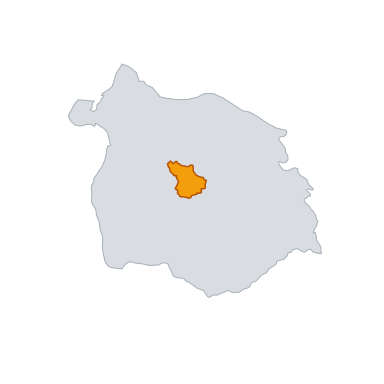 Romania, with Brasov highlighted, rotated 201°
{"feature_id": "ROU-305", "entity_name": "Brasov", "entity_type": "County", "adm_level": 1, "iso_a3": "ROU", "parent_name": "Romania", "parent_adm1": "", "projection": "albers", "projection_center": [25.29, 45.778], "detail": "fine", "context": "in_parent", "style": "filled", "palette": "amber", "viewbox_px": 384, "rotation_deg": 201, "n_neighbors": 0, "source": "natural_earth", "source_scale": "10m", "svg_char_len": 5298}
<svg xmlns="http://www.w3.org/2000/svg" viewBox="0 0 384 384"><g transform="rotate(201 192 192)"><path d="M289.1,212.9L292.4,217.2L296.6,219.5L306.1,221.6L306.9,221.3L307.0,220.8L306.3,220.2L306.2,219.3L306.6,218.3L307.9,218.2L310.1,219.0L314.1,217.5L319.8,213.6L325.3,212.6L330.3,214.5L333.0,216.8L334.8,219.1L334.5,222.0L334.2,223.8L333.3,231.3L332.6,234.1L331.3,237.3L315.8,241.8L316.8,239.9L316.2,236.8L315.5,234.5L316.8,232.3L313.3,231.7L311.8,232.9L310.7,235.0L312.0,239.7L310.4,242.4L309.8,243.8L309.9,247.3L308.9,248.8L308.8,250.4L311.3,249.9L310.3,252.9L305.8,258.8L304.3,262.3L305.3,275.7L303.5,283.9L303.4,286.3L298.4,286.5L296.9,286.4L292.0,285.4L286.6,283.4L283.3,279.4L281.2,276.5L276.7,278.0L275.8,277.6L274.5,276.2L271.1,275.4L266.9,275.5L257.3,270.3L256.2,269.4L248.8,270.4L237.7,273.3L229.3,276.8L220.5,282.8L217.0,287.3L212.8,289.7L206.9,291.5L196.4,290.8L185.4,288.5L173.6,286.0L167.2,287.2L158.6,286.1L145.7,283.0L136.0,281.9L126.5,283.3L124.9,281.9L124.6,280.4L125.0,278.3L126.4,276.7L128.8,275.5L130.0,274.2L130.2,272.9L127.7,270.7L122.5,267.6L120.3,265.7L119.8,265.2L119.7,263.5L118.7,262.2L116.7,261.2L115.2,259.4L114.1,256.9L114.4,254.6L116.1,252.4L118.2,251.6L120.7,251.9L121.7,251.3L121.3,249.8L119.0,247.7L114.6,245.2L110.1,246.3L105.3,251.2L101.9,251.8L100.0,248.4L96.5,246.2L91.3,245.4L88.2,244.0L87.1,242.0L84.9,240.4L79.9,238.5L80.0,237.0L80.8,236.7L82.6,236.6L85.0,236.4L85.4,235.6L85.4,234.8L83.6,233.7L81.8,233.0L80.8,232.2L80.2,231.4L80.1,230.7L80.7,230.1L81.5,230.1L82.2,229.7L82.7,227.9L83.8,226.5L84.6,226.0L84.6,224.9L83.9,223.8L82.9,222.8L81.4,222.2L76.8,220.4L74.5,218.1L73.0,218.0L70.8,216.6L68.4,214.6L66.4,211.8L64.2,209.9L63.6,209.2L63.6,208.5L64.1,207.8L64.1,207.0L63.6,204.3L64.2,201.5L64.2,198.9L64.3,197.7L63.9,197.3L63.4,197.7L62.8,198.2L62.3,198.2L60.7,196.2L58.7,192.2L57.4,190.8L54.6,188.9L52.3,187.2L50.8,183.9L49.2,181.3L50.4,180.3L57.3,179.3L60.4,180.9L61.8,180.4L63.3,179.4L64.1,178.5L64.3,177.5L65.1,176.3L67.4,175.8L73.4,176.9L75.9,175.3L76.9,174.4L77.5,172.3L78.3,170.7L80.5,169.9L80.5,168.4L80.3,166.7L81.7,163.0L82.5,161.5L83.8,161.0L85.3,160.0L88.0,157.6L87.5,155.5L88.1,153.9L90.9,150.2L93.1,146.6L93.2,144.8L93.5,143.2L95.4,141.5L97.4,139.3L100.1,132.2L101.1,131.0L102.7,129.7L104.0,128.4L104.3,123.7L105.5,122.4L107.7,120.9L109.9,118.6L111.8,115.7L113.2,114.4L115.0,114.1L116.9,113.0L119.1,112.7L121.1,113.3L122.5,113.1L124.5,111.7L129.7,106.6L130.5,105.5L131.6,104.8L135.7,103.1L136.8,101.3L138.3,99.7L140.1,99.9L145.9,104.1L152.3,104.0L153.5,104.1L153.9,104.2L154.7,104.6L163.1,106.8L164.4,106.6L164.8,106.4L168.2,108.1L171.2,107.9L174.1,106.8L177.1,106.5L179.8,107.2L181.9,109.6L187.3,114.6L188.9,116.5L191.4,116.2L194.2,115.3L197.0,111.9L205.5,108.1L212.0,107.2L218.4,105.6L225.7,104.5L227.8,101.3L229.0,99.2L229.7,95.3L233.7,94.1L237.4,93.3L238.7,92.7L241.5,92.5L243.6,92.8L246.9,94.7L249.3,97.1L250.2,99.0L252.2,101.7L254.4,105.4L256.8,110.4L257.4,113.0L258.3,115.8L260.1,119.1L263.5,122.8L264.0,123.5L265.5,126.0L268.6,131.8L271.0,134.1L273.2,136.5L274.3,139.1L275.9,141.4L279.6,144.3L282.5,147.0L285.1,155.0L286.9,158.6L288.0,161.4L287.7,167.2L288.5,169.6L287.3,174.1L285.2,183.3L284.9,190.5L285.4,194.3L285.6,196.8L286.2,198.4L287.0,201.6L287.2,204.5L286.3,205.3L285.1,206.0L284.7,206.6L285.9,207.9L287.5,210.2L289.1,212.9Z" fill="#d9dde1" stroke="#a8b0b8" stroke-width="1"/><path d="M204.7,214.4L204.1,214.7L203.9,215.0L203.6,215.5L203.4,216.0L202.9,216.7L201.0,217.2L200.0,216.0L198.4,212.2L197.9,211.7L197.4,211.3L196.9,211.1L196.4,210.8L195.3,209.8L194.6,209.4L191.2,208.9L189.3,209.1L188.4,209.0L188.1,209.0L187.7,209.2L187.2,209.5L186.8,209.6L186.6,209.5L186.3,209.2L186.1,208.8L185.6,208.2L185.2,208.0L184.8,207.9L182.9,208.0L182.8,207.2L182.7,206.5L182.6,205.3L182.4,203.8L182.2,203.3L182.1,202.8L181.1,200.8L181.1,200.3L181.3,200.0L181.7,199.6L182.8,199.1L183.4,199.0L183.9,198.8L184.3,198.5L184.5,198.0L184.4,197.7L184.2,197.6L183.8,197.3L183.7,197.0L183.7,196.6L183.8,196.1L183.7,195.8L183.2,195.3L183.1,195.1L183.2,194.7L183.3,194.4L184.7,193.7L185.2,193.3L185.7,193.0L186.0,192.9L186.3,193.0L186.5,193.1L187.0,193.0L187.1,192.6L187.0,192.3L186.8,191.7L186.9,191.4L187.1,191.2L188.8,190.3L190.6,188.9L191.2,188.0L191.0,187.1L191.1,186.7L191.3,186.3L191.6,185.9L192.3,185.4L192.7,185.1L193.1,185.0L195.9,184.9L197.4,184.6L199.0,184.3L200.6,183.5L201.1,183.5L201.7,183.6L202.3,184.0L202.8,184.4L203.2,184.8L204.6,185.3L205.4,186.2L205.2,186.8L205.3,187.1L205.5,187.6L206.5,188.4L206.9,188.9L207.2,188.6L207.8,188.6L208.4,188.8L208.8,189.1L208.9,189.8L208.5,191.3L208.6,191.7L208.6,192.0L208.4,192.6L208.3,193.6L208.4,196.4L208.5,197.0L208.8,197.6L210.9,199.0L211.9,200.0L211.9,201.5L212.5,201.5L212.7,201.4L213.0,201.1L213.4,201.4L213.8,201.4L214.2,201.2L214.7,201.1L214.9,200.9L215.4,201.6L215.9,201.8L218.7,202.9L219.5,203.4L220.4,204.3L220.8,205.1L221.3,206.0L221.6,206.3L222.2,206.5L222.8,206.8L223.4,207.3L224.3,208.8L225.0,209.5L223.4,213.0L221.9,212.8L220.3,211.9L219.7,211.8L219.3,211.9L219.0,212.3L218.9,212.8L218.8,213.3L218.7,213.8L218.4,214.3L217.8,214.8L217.3,215.0L216.9,214.9L216.6,214.7L216.2,214.0L216.0,213.7L215.6,213.5L215.2,213.5L214.4,213.8L214.0,213.7L212.7,213.2L211.4,213.0L210.7,213.0L205.6,214.0L205.2,214.1L204.7,214.4Z" fill="#f59e0b" stroke="#b45309" stroke-width="1.5"/></g></svg>